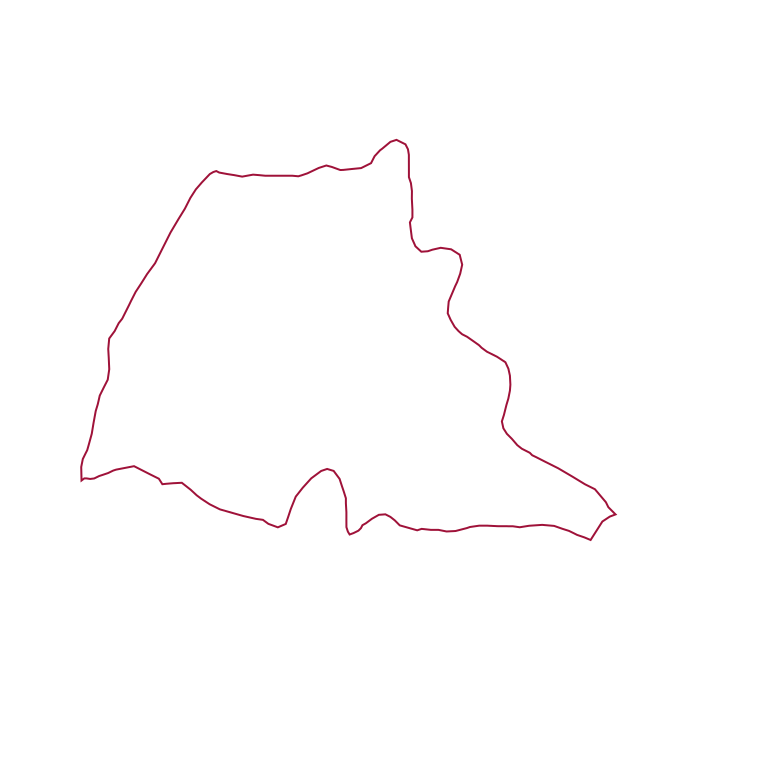 outline of Owo, Ondo, Nigeria, rotated 297°
{"feature_id": "59680162B88663407419721", "entity_name": "Owo", "entity_type": "district", "adm_level": 2, "iso_a3": "NGA", "parent_name": "Nigeria", "parent_adm1": "Ondo", "projection": "orthographic", "projection_center": [5.559, 7.096], "detail": "fine", "context": "isolated", "style": "outline", "palette": "rose", "viewbox_px": 768, "rotation_deg": 297, "n_neighbors": 0, "source": "geoboundaries", "source_scale": "gbopen_adm2", "svg_char_len": 2770}
<svg xmlns="http://www.w3.org/2000/svg" viewBox="0 0 768 768"><g transform="rotate(297 384 384)"><path d="M234.3,421.7L237.3,424.5L241.7,427.8L245.1,428.9L248.4,428.9L251.7,431.1L258.4,434.4L265.1,438.8L268.5,444.4L268.5,450.0L267.4,455.5L265.2,462.2L268.7,480.0L272.0,483.3L275.4,492.2L278.8,498.9L281.0,506.7L285.5,514.5L293.3,523.3L295.6,525.5L301.1,533.3L304.5,540.0L309.0,550.0L315.7,563.3L318.0,570.0L323.6,577.7L330.3,588.9L334.8,600.0L336.0,608.9L337.1,615.5L337.2,620.9L337.2,624.5L338.3,632.2L338.8,638.9L351.2,640.1L360.6,641.0L368.4,645.4L372.9,649.5L376.1,639.8L379.4,635.4L386.0,619.7L385.9,608.6L387.0,594.1L388.0,577.4L387.9,562.9L387.9,552.9L387.8,548.4L388.9,545.1L388.9,536.2L390.0,530.6L393.2,522.8L395.4,516.1L398.7,510.5L404.2,506.0L410.9,504.9L420.9,502.6L427.5,501.4L435.3,499.2L440.8,496.9L448.6,492.4L454.1,487.9L458.5,482.3L459.6,472.3L459.5,461.1L460.6,454.5L461.7,451.1L462.7,444.4L463.7,437.3L463.8,436.6L463.8,431.0L464.9,426.6L467.0,421.0L471.4,414.3L475.9,408.7L481.4,406.4L486.9,404.2L503.6,403.0L508.0,402.9L516.9,401.8L525.8,399.5L533.5,392.8L534.5,382.7L531.1,372.7L525.6,366.1L522.2,362.8L518.8,357.2L521.0,349.4L521.4,349.0L526.5,342.7L536.5,335.9L539.8,333.7L545.3,333.7L552.0,330.3L561.9,324.6L568.6,321.3L575.2,316.8L579.6,312.3L584.1,310.0L599.5,302.1L604.0,298.8L607.3,294.3L607.2,284.3L602.7,279.8L592.7,275.5L590.5,274.4L582.7,272.2L574.9,272.2L566.0,265.6L561.2,258.1L556.0,250.1L554.8,247.8L553.7,238.9L552.5,233.4L546.9,227.8L536.9,220.1L532.2,215.5L531.0,214.2L530.2,213.4L528.0,207.9L524.6,201.2L520.1,192.3L515.6,183.5L513.4,177.9L511.1,172.3L504.4,163.5L502.1,155.7L499.9,149.0L497.6,141.2L497.6,137.9L495.4,135.7L492.0,133.5L480.9,130.2L472.0,128.0L462.0,127.0L449.8,127.0L437.6,126.0L422.1,125.0L402.1,125.1L387.7,125.2L375.0,123.1L374.4,123.0L363.3,122.0L353.3,120.9L343.0,120.9L338.9,121.0L323.3,121.1L317.8,120.0L308.9,120.0L299.8,118.5L290.0,122.4L282.3,126.9L272.4,132.5L262.4,135.9L255.6,135.9L253.5,135.9L244.6,136.0L239.5,137.3L235.8,138.2L229.1,139.4L221.4,141.7L217.7,142.8L207.0,146.2L195.9,148.5L190.3,149.6L187.0,149.6L180.4,149.7L172.6,151.9L160.7,158.3L163.8,159.8L164.9,162.0L166.0,165.3L168.3,168.7L172.7,172.0L174.9,174.2L179.4,178.6L183.9,182.0L186.1,184.2L197.3,198.6L197.3,206.4L197.3,216.4L197.4,226.4L194.1,232.0L196.3,235.4L199.7,240.9L204.2,248.7L203.1,254.3L202.0,259.8L199.8,267.6L198.8,273.2L197.8,282.4L197.7,283.2L197.8,294.4L197.8,294.7L202.5,318.6L205.7,331.1L208.0,337.8L206.9,344.5L208.1,354.5L214.7,360.0L222.5,358.9L230.3,357.7L243.6,356.5L254.7,358.7L266.9,362.0L278.0,367.5L282.5,371.9L283.7,378.6L279.3,387.5L273.7,393.1L270.4,396.5L264.9,401.9L260.4,404.2L252.7,408.7L246.0,412.1L239.4,415.5L236.1,418.8L234.3,421.7Z" fill="none" stroke="#9f1239" stroke-width="2"/></g></svg>